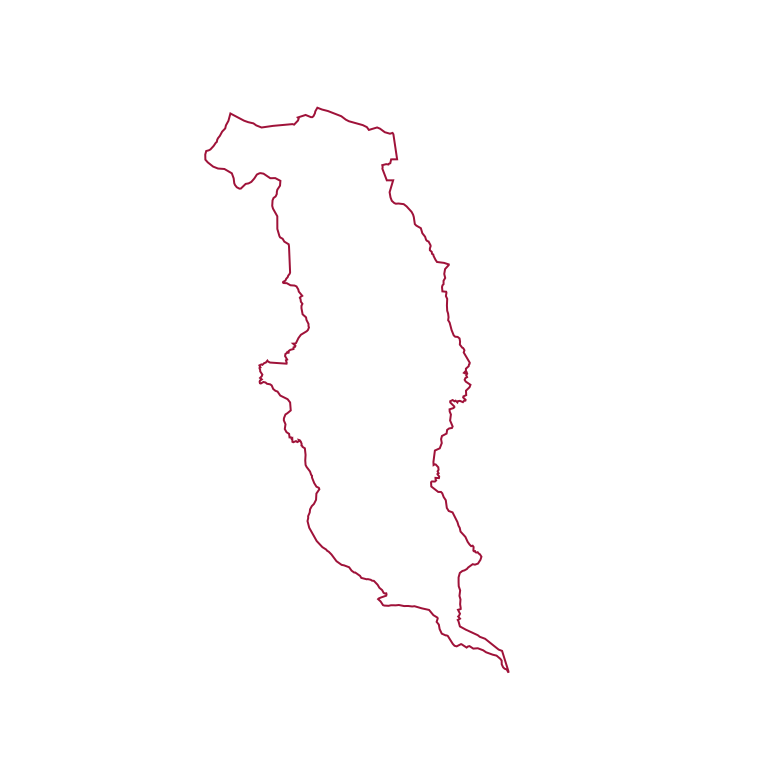 the district of Ocolis, Alba, Romania, rotated 238°
{"feature_id": "2599482B36023808601680", "entity_name": "Ocolis", "entity_type": "district", "adm_level": 2, "iso_a3": "ROU", "parent_name": "Romania", "parent_adm1": "Alba", "projection": "natural_earth1", "projection_center": [23.435, 46.493], "detail": "fine", "context": "isolated", "style": "outline", "palette": "rose", "viewbox_px": 768, "rotation_deg": 238, "n_neighbors": 0, "source": "geoboundaries", "source_scale": "gbopen_adm2", "svg_char_len": 6154}
<svg xmlns="http://www.w3.org/2000/svg" viewBox="0 0 768 768"><g transform="rotate(238 384 384)"><path d="M694.8,397.1L689.6,391.5L687.1,387.0L684.9,384.8L683.8,380.5L681.4,376.3L680.5,373.7L679.6,372.1L677.9,370.5L677.7,369.1L676.2,365.8L674.9,361.1L675.0,359.3L675.8,356.7L673.3,354.0L668.9,351.4L665.3,352.0L658.9,354.3L654.7,357.4L650.9,362.6L643.3,366.6L638.1,365.5L633.6,363.4L631.8,363.1L628.9,363.4L626.3,364.9L625.6,366.2L627.0,372.7L625.9,375.5L625.7,378.6L627.0,382.9L629.0,387.2L628.7,390.0L628.2,391.1L626.2,393.3L618.8,396.6L616.2,400.9L611.2,403.8L607.3,400.9L605.3,396.5L603.8,395.0L601.9,393.7L600.5,391.5L600.3,388.9L598.8,386.8L594.3,383.6L591.6,382.8L582.8,382.4L572.0,375.7L564.9,373.7L563.4,373.6L560.9,375.0L557.6,374.9L553.0,377.2L551.1,376.4L528.4,363.5L527.5,362.5L526.6,360.1L525.6,358.9L525.1,356.9L523.9,355.1L524.1,352.7L523.5,352.1L522.8,352.4L521.0,355.0L517.3,357.0L514.9,360.3L513.1,361.5L509.6,361.4L507.5,360.7L502.1,361.4L502.1,359.4L501.7,358.3L500.2,358.2L497.8,357.1L495.2,357.3L494.1,355.5L492.1,354.2L486.2,351.9L481.8,353.2L479.4,352.2L474.9,351.8L473.2,350.7L471.7,350.3L470.1,348.1L469.7,346.4L469.8,339.6L468.3,335.8L465.3,331.0L465.4,330.1L466.4,328.3L463.3,329.1L462.7,328.3L463.0,326.7L461.6,325.8L462.6,322.7L462.5,320.8L461.1,319.7L461.3,319.1L462.3,318.8L461.7,317.4L461.7,316.3L460.1,314.9L456.0,314.8L456.1,313.4L453.5,312.7L452.9,312.1L462.6,298.7L464.6,297.5L465.6,297.5L464.8,295.1L465.2,293.5L464.7,291.0L465.6,290.4L465.8,288.2L463.6,288.0L463.8,287.2L463.4,286.8L461.5,286.4L460.3,285.7L456.4,285.8L455.3,284.3L454.8,282.1L452.7,282.8L452.6,280.6L451.8,279.7L450.4,279.2L449.7,279.8L449.6,282.8L448.1,284.3L446.2,284.9L444.0,287.3L442.3,288.0L438.5,287.4L435.8,288.3L434.0,289.7L429.2,289.9L422.2,294.2L418.1,294.6L411.0,290.9L410.4,286.4L410.4,284.3L408.0,281.0L406.3,279.8L402.0,279.1L398.4,276.0L394.8,275.8L392.0,277.1L388.8,275.6L388.1,276.8L386.7,276.6L386.7,277.5L383.5,275.7L382.7,276.2L382.2,279.1L380.7,279.7L380.5,281.7L381.8,282.0L381.0,282.7L379.2,282.9L376.8,282.4L375.6,281.4L374.7,281.8L373.8,281.6L371.4,282.8L365.4,279.9L360.9,276.7L356.9,274.6L354.8,274.4L349.0,274.9L345.6,274.1L344.3,274.3L343.0,273.4L336.9,272.3L332.7,272.3L330.5,273.7L329.0,273.4L326.9,268.6L321.8,265.0L319.4,261.0L318.7,258.0L316.9,254.9L314.4,252.9L312.1,249.6L310.5,248.7L308.3,246.5L301.7,244.4L286.5,243.7L278.3,245.3L274.1,247.3L273.0,247.3L270.9,248.3L267.3,249.1L258.9,249.8L253.1,252.2L251.4,254.0L247.1,257.3L242.9,257.6L239.9,258.8L239.4,259.7L234.0,262.0L231.6,262.0L227.5,265.9L227.1,266.9L225.0,269.0L223.6,269.6L222.4,271.1L217.1,272.2L213.6,272.1L210.2,273.2L207.1,273.0L205.9,273.7L205.3,275.0L204.3,274.7L203.3,273.7L204.6,268.1L204.9,265.8L204.7,265.0L201.4,265.9L197.0,266.0L195.9,266.9L193.5,270.3L192.6,272.8L190.0,276.8L188.7,279.5L185.0,283.4L183.0,286.8L180.4,290.0L179.4,292.1L173.7,297.2L168.5,302.5L161.8,303.4L157.6,305.5L156.7,305.3L154.4,302.6L150.9,303.0L146.7,301.3L141.7,300.7L138.1,303.1L137.6,303.9L136.5,304.6L127.2,304.6L124.6,305.1L123.0,306.6L122.6,311.4L122.3,311.8L116.7,314.4L116.9,316.1L116.4,317.6L112.3,319.5L110.2,323.5L105.6,327.0L102.4,328.4L96.9,332.7L94.0,335.5L89.3,337.0L87.1,337.2L83.9,335.3L80.6,334.9L78.7,335.4L76.8,336.8L73.2,336.6L74.5,337.3L95.1,342.7L98.0,340.5L114.4,334.7L118.8,331.3L121.3,330.4L132.3,323.2L138.2,319.9L143.5,321.5L144.8,321.5L144.7,324.1L147.5,323.7L147.7,324.7L148.9,326.7L153.3,327.1L152.5,329.7L153.3,330.3L156.8,331.8L160.8,334.7L164.3,335.7L168.6,339.2L172.9,340.2L176.7,342.4L180.5,344.8L183.6,348.2L183.9,351.4L183.3,353.5L183.2,356.3L183.8,358.1L184.2,363.7L182.6,365.4L181.9,368.5L183.8,372.6L185.9,375.1L188.8,375.1L189.9,374.5L191.7,374.3L192.0,373.2L192.4,372.7L193.2,372.4L194.1,372.6L194.6,371.6L195.3,371.5L198.3,373.6L199.9,373.5L200.3,372.0L202.4,371.5L205.8,371.3L211.2,372.0L218.3,370.7L221.9,372.0L224.4,372.1L227.9,373.1L238.8,374.1L242.0,371.6L245.6,371.6L252.7,374.8L256.5,374.7L260.5,375.5L262.3,375.1L263.7,372.8L272.0,369.8L275.5,371.7L275.9,372.2L276.0,372.9L274.3,375.5L274.6,377.1L275.8,377.2L277.1,377.9L275.1,380.7L275.5,381.1L276.4,381.8L279.1,381.5L279.4,381.7L279.4,383.0L281.6,383.2L282.3,384.8L284.6,385.9L288.3,385.2L289.0,384.5L289.0,383.1L291.7,384.6L300.6,391.9L299.9,397.2L303.3,401.7L307.0,403.2L309.2,405.6L308.8,410.8L311.6,413.2L311.8,415.7L310.7,418.3L311.6,419.7L318.0,420.7L322.7,424.6L325.8,425.1L327.8,426.2L326.8,430.0L327.0,431.3L327.7,431.7L333.2,430.4L334.3,431.0L334.0,433.7L332.0,434.6L331.9,435.9L329.5,436.5L330.3,437.5L329.5,439.4L326.8,441.3L327.4,443.2L326.8,444.2L327.3,444.8L330.6,444.0L331.4,444.8L331.0,447.8L334.9,450.0L335.9,454.8L337.5,456.9L342.7,454.6L344.8,454.6L345.9,456.2L345.8,458.1L348.1,458.4L348.6,460.0L350.1,460.3L350.4,458.1L351.1,457.7L351.8,460.5L353.6,461.6L354.2,465.2L355.6,466.5L355.7,467.2L356.6,468.0L368.5,468.3L370.0,470.1L371.3,470.2L372.7,470.1L373.3,469.6L377.2,469.2L379.7,471.0L382.6,472.2L384.9,471.4L386.4,469.4L388.3,468.9L393.9,469.9L401.3,472.2L404.1,472.2L406.4,474.1L409.8,475.7L412.6,476.4L417.3,479.0L422.7,482.7L425.8,483.1L428.3,485.3L429.3,485.6L431.6,482.6L435.5,484.6L436.7,485.9L437.1,487.4L440.0,489.2L441.5,492.1L445.4,493.4L449.1,496.7L450.6,502.0L451.1,502.3L454.9,499.1L459.4,493.6L462.1,493.5L466.3,493.9L467.7,494.4L469.0,493.7L470.7,494.5L473.1,493.8L474.6,494.7L476.3,496.7L477.2,497.0L481.2,497.3L482.4,496.4L484.0,496.1L487.1,496.9L491.5,496.4L496.6,497.8L501.3,495.3L503.3,494.9L509.7,497.7L512.2,498.4L515.3,498.6L522.6,497.3L526.1,496.0L529.4,491.9L530.6,489.6L532.0,488.6L535.2,487.7L538.8,488.4L543.7,490.4L551.9,499.7L555.2,494.3L567.4,496.7L568.8,497.9L570.5,498.5L569.3,502.3L567.8,504.1L568.2,504.7L567.9,506.3L570.7,509.1L567.6,514.2L590.8,524.3L592.4,524.3L593.1,521.7L597.1,518.1L602.7,515.9L605.2,514.1L607.5,505.8L610.9,505.6L614.8,503.2L625.4,493.5L628.4,491.7L633.7,489.7L645.2,481.1L649.6,476.9L653.6,473.9L651.6,470.2L650.2,468.9L648.5,466.1L648.3,464.6L649.1,463.4L653.7,460.1L655.7,452.1L654.3,452.3L653.0,450.6L651.6,445.2L652.9,444.1L661.7,426.7L666.4,416.1L671.0,412.7L674.2,411.4L678.0,407.6L681.4,404.9L694.8,397.1Z" fill="none" stroke="#9f1239" stroke-width="2"/></g></svg>